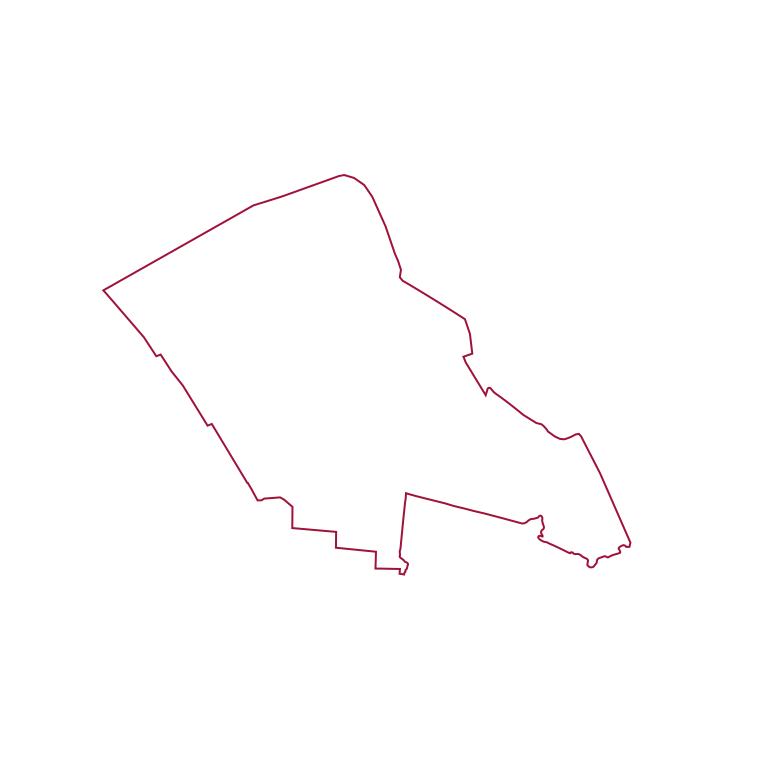 Vrani, Caras-Severin, Romania (Equal Earth projection), rotated 207°
{"feature_id": "2599482B45618500974221", "entity_name": "Vrani", "entity_type": "district", "adm_level": 2, "iso_a3": "ROU", "parent_name": "Romania", "parent_adm1": "Caras-Severin", "projection": "equal_earth", "projection_center": [21.437, 45.023], "detail": "fine", "context": "isolated", "style": "outline", "palette": "rose", "viewbox_px": 768, "rotation_deg": 207, "n_neighbors": 0, "source": "geoboundaries", "source_scale": "gbopen_adm2", "svg_char_len": 3136}
<svg xmlns="http://www.w3.org/2000/svg" viewBox="0 0 768 768"><g transform="rotate(207 384 384)"><path d="M676.6,340.0L673.9,339.0L665.2,335.5L619.3,316.7L599.5,305.4L596.3,308.8L578.7,298.6L562.7,291.4L522.3,266.8L519.3,270.2L460.9,233.8L460.4,234.0L454.4,230.2L443.8,222.9L440.3,224.8L438.7,227.5L425.1,235.8L420.5,235.6L409.8,233.0L400.3,214.0L384.5,220.4L359.5,230.5L352.5,216.3L315.0,230.9L307.8,215.7L300.9,219.1L285.8,226.4L284.0,222.0L279.6,223.4L279.7,223.8L280.1,225.1L280.1,225.7L279.7,226.3L279.7,226.6L279.8,226.9L280.3,227.7L280.4,227.9L280.2,228.6L279.8,229.4L279.8,229.9L280.5,232.6L280.6,234.0L280.8,234.3L281.3,234.9L281.7,235.1L282.9,235.3L284.3,235.1L284.9,235.2L286.4,235.9L287.1,236.1L290.1,236.6L291.2,236.9L291.5,237.1L291.9,238.0L292.1,238.9L292.9,240.3L293.9,241.7L294.2,243.0L294.6,244.8L304.9,271.0L311.3,287.6L312.8,292.1L314.8,296.6L304.9,298.6L295.2,300.8L275.7,305.3L265.9,307.1L255.6,309.6L246.0,311.7L235.5,314.3L218.5,318.0L197.6,322.4L195.6,323.7L194.1,325.8L193.6,327.4L193.1,328.4L192.3,329.7L191.3,330.7L190.1,331.4L188.7,332.5L186.8,334.2L186.2,334.9L185.7,336.7L185.4,337.3L184.9,337.7L184.3,337.8L183.8,337.8L183.0,337.4L182.2,336.6L181.6,335.8L181.5,335.1L181.2,334.3L180.6,333.5L179.6,332.2L176.9,329.6L176.4,328.9L176.1,327.8L176.2,327.0L176.5,326.3L176.9,325.7L177.0,325.3L177.0,324.0L176.8,323.5L176.5,322.7L175.8,322.1L173.7,320.7L173.5,320.3L173.5,320.1L173.8,319.9L174.5,319.9L175.4,319.8L176.1,319.5L176.7,319.2L177.2,318.3L177.1,317.6L176.9,317.2L176.4,316.9L175.7,316.6L174.5,316.2L173.3,316.0L171.3,316.0L170.3,316.0L169.4,316.2L168.2,316.6L167.0,316.9L163.5,316.9L159.4,317.2L152.8,317.4L142.4,317.5L141.1,317.9L141.1,318.0L141.2,318.7L141.0,318.9L140.6,319.1L140.1,319.3L139.3,319.5L138.7,319.1L138.2,319.0L136.9,319.1L136.5,319.2L134.4,320.4L133.9,320.6L132.7,320.8L132.1,320.9L130.5,320.7L129.0,320.3L128.0,320.2L124.0,320.3L123.4,320.2L122.9,320.0L122.2,319.5L121.9,319.1L121.0,315.8L120.8,315.3L120.4,314.9L119.9,314.7L118.5,314.3L117.6,314.2L117.0,314.3L116.4,314.5L115.0,315.5L114.3,316.5L113.4,321.1L113.6,322.1L114.1,323.4L114.2,324.1L114.2,324.5L114.1,325.1L113.8,325.8L112.9,326.9L109.9,330.1L108.9,330.9L108.1,331.0L106.5,331.0L106.2,331.0L105.6,331.3L103.6,334.2L101.7,336.2L98.5,339.2L97.3,340.5L97.0,340.8L97.0,341.1L97.4,341.8L98.4,342.7L99.9,343.6L100.3,344.0L100.4,344.3L100.2,345.3L99.7,346.5L98.5,348.1L97.9,348.7L97.5,349.1L96.7,349.3L95.8,349.4L95.3,349.4L94.7,349.1L94.3,348.8L91.4,350.3L92.4,354.5L150.9,402.5L184.7,426.9L187.7,428.0L190.4,426.0L192.0,423.6L193.8,421.3L195.7,419.1L197.8,417.0L198.6,416.4L202.3,415.0L207.8,414.8L216.4,416.1L218.5,417.4L220.7,418.3L223.0,419.1L225.4,419.6L230.6,418.4L245.8,419.7L254.7,421.6L263.7,423.4L272.8,425.0L281.9,426.4L287.4,428.6L288.1,428.5L288.8,428.2L289.3,427.7L289.5,427.0L288.3,420.2L320.8,440.2L325.6,444.4L319.1,451.1L330.2,467.7L341.3,478.5L359.5,480.3L377.8,481.9L396.0,483.3L414.3,484.5L418.4,486.3L420.7,493.4L427.3,500.0L433.3,504.9L454.1,525.1L479.3,545.4L491.9,552.3L504.3,554.0L514.4,552.1L518.5,548.9L560.4,504.4L581.4,483.9L676.6,340.0Z" fill="none" stroke="#9f1239" stroke-width="2"/></g></svg>